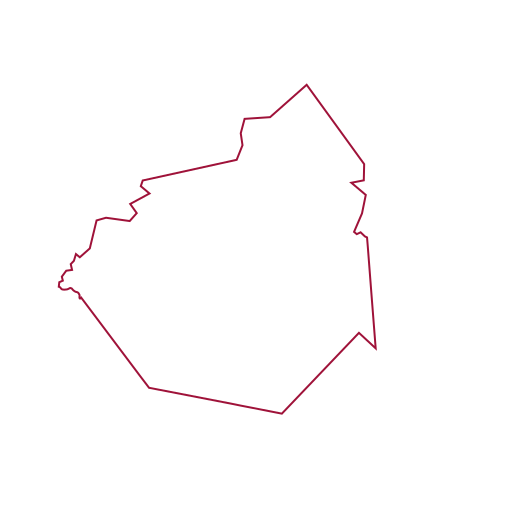 Warren, Kentucky, United States of America, rotated 305°
{"feature_id": "52423323B42850275456699", "entity_name": "Warren", "entity_type": "district", "adm_level": 2, "iso_a3": "USA", "parent_name": "United States of America", "parent_adm1": "Kentucky", "projection": "robinson", "projection_center": [-86.485, 36.983], "detail": "fine", "context": "isolated", "style": "outline", "palette": "rose", "viewbox_px": 512, "rotation_deg": 305, "n_neighbors": 0, "source": "geoboundaries", "source_scale": "gbopen_adm2", "svg_char_len": 1040}
<svg xmlns="http://www.w3.org/2000/svg" viewBox="0 0 512 512"><g transform="rotate(305 256 256)"><path d="M252.9,119.9L247.1,121.6L246.1,132.9L226.5,123.1L222.7,133.7L212.2,132.5L201.3,111.2L193.7,105.0L166.9,115.5L153.9,112.4L154.3,107.4L147.6,109.6L143.1,108.9L139.1,113.3L135.1,109.0L127.7,108.8L125.0,111.9L121.7,109.9L117.7,112.1L118.0,113.1L117.9,113.9L117.6,114.7L117.4,115.8L117.5,116.4L117.9,117.3L118.5,118.3L120.2,120.3L121.0,120.9L123.2,122.1L123.7,123.5L123.6,124.1L123.2,125.6L123.1,126.7L123.1,127.8L123.2,128.7L123.8,130.3L123.9,131.4L123.6,132.3L122.9,133.7L122.0,134.5L121.3,134.8L120.4,135.5L120.2,136.2L120.8,136.8L121.6,136.8L91.4,229.3L86.7,244.0L121.7,322.4L124.6,329.1L129.2,339.4L141.7,367.6L252.1,384.4L249.0,407.0L294.2,369.8L327.8,342.2L334.9,336.3L334.5,334.0L335.4,328.1L331.7,326.0L332.0,322.5L351.7,318.4L369.0,310.9L370.7,292.1L379.8,300.9L393.3,291.9L408.4,248.3L425.3,199.3L377.8,187.9L361.8,168.0L347.8,173.1L339.0,181.4L323.7,185.0L252.9,119.9Z" fill="none" stroke="#9f1239" stroke-width="2"/></g></svg>